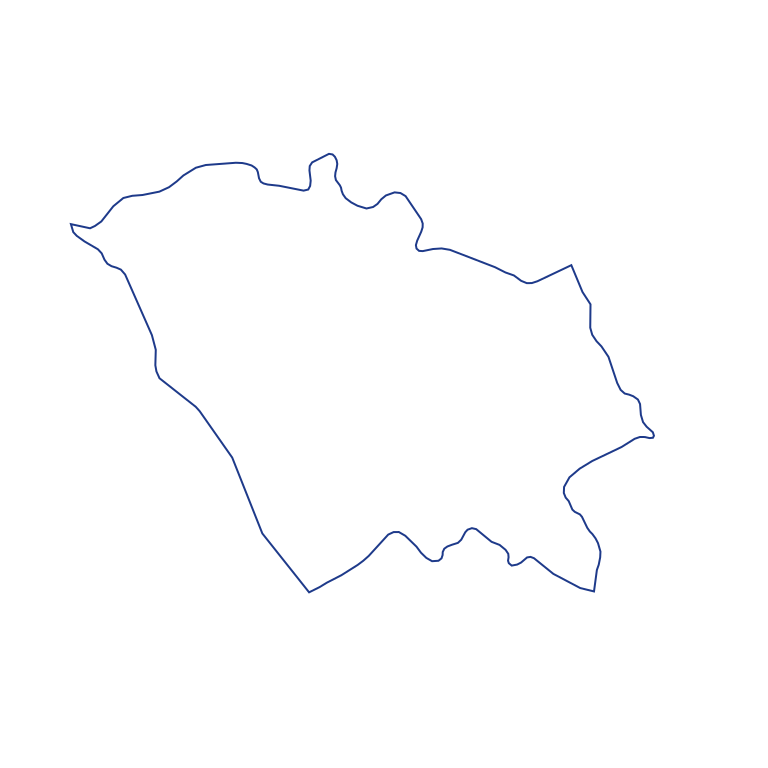 Sibiu, Albers equal-area conic projection, rotated 68°
{"feature_id": "ROU-303", "entity_name": "Sibiu", "entity_type": "County", "adm_level": 1, "iso_a3": "ROU", "parent_name": "Romania", "parent_adm1": "", "projection": "albers", "projection_center": [24.256, 45.858], "detail": "fine", "context": "isolated", "style": "outline", "palette": "blue", "viewbox_px": 768, "rotation_deg": 68, "n_neighbors": 0, "source": "natural_earth", "source_scale": "10m", "svg_char_len": 2409}
<svg xmlns="http://www.w3.org/2000/svg" viewBox="0 0 768 768"><g transform="rotate(68 384 384)"><path d="M549.1,531.5L477.0,552.8L395.4,552.3L340.1,565.1L334.6,567.1L294.6,590.0L287.1,590.3L281.0,589.0L266.8,582.8L251.8,580.9L185.5,583.0L179.4,585.1L176.0,588.4L172.7,592.5L168.9,595.4L164.0,596.6L157.1,596.8L151.9,598.8L139.6,608.3L131.5,613.4L126.8,615.2L118.5,614.4L129.5,598.2L129.2,592.8L127.4,585.2L117.8,568.4L113.9,556.0L115.2,546.9L118.3,537.1L121.5,520.2L121.0,509.6L118.5,500.2L115.5,491.9L113.0,477.4L114.2,467.2L123.4,438.4L126.1,432.5L128.5,428.9L131.8,424.9L134.8,422.8L137.4,421.6L140.3,421.6L146.4,422.8L150.3,422.5L152.9,420.6L155.5,417.1L160.9,407.0L174.6,386.1L175.3,381.4L172.7,378.3L168.0,375.8L158.0,373.1L154.1,371.2L151.6,367.6L150.0,348.8L151.9,345.7L154.9,344.4L158.8,344.1L162.5,344.9L166.2,347.1L169.6,349.7L173.0,351.5L176.9,352.2L183.2,350.5L185.9,350.3L188.9,350.9L192.7,351.0L197.4,349.9L203.3,346.4L208.8,341.8L214.7,334.5L215.8,327.8L214.6,322.6L211.7,317.3L209.9,311.6L210.3,302.4L213.1,297.2L217.9,293.6L245.1,287.8L249.7,288.0L253.2,289.5L256.7,292.4L263.6,299.6L267.2,302.4L270.6,303.1L273.7,301.6L275.3,298.3L277.2,288.0L279.9,279.8L284.3,272.6L317.3,237.3L326.1,229.6L332.0,222.9L339.7,218.2L344.0,213.8L345.8,209.1L346.2,203.3L344.0,165.8L373.1,165.5L387.5,162.7L409.1,171.7L416.4,172.5L424.0,170.9L430.6,168.3L442.9,165.7L470.4,167.4L478.1,166.8L483.0,164.4L485.7,160.7L488.7,157.5L493.5,154.4L498.5,154.1L508.9,157.4L516.4,158.1L522.0,156.5L529.5,152.8L533.1,153.1L534.6,154.8L533.6,158.1L530.9,162.0L529.0,166.6L528.7,172.1L531.4,187.3L533.4,219.8L535.8,234.3L540.0,247.0L546.9,255.6L552.4,258.1L557.4,258.1L561.8,256.6L571.0,256.4L574.0,255.0L578.3,251.2L581.3,250.2L593.5,249.4L597.9,248.4L601.2,247.0L606.4,245.7L611.7,245.2L620.5,246.1L625.7,248.5L632.0,252.6L636.2,256.3L655.0,267.0L646.7,278.5L623.5,298.1L601.7,310.2L599.2,312.9L598.4,316.3L600.9,323.8L601.3,328.2L600.2,333.6L596.9,335.4L594.3,335.2L591.3,333.4L588.0,332.4L583.3,333.4L576.5,337.1L570.6,343.4L553.1,352.9L550.6,356.5L550.4,361.1L551.9,364.2L557.3,370.7L559.0,375.0L558.5,381.2L558.4,386.1L559.3,389.8L561.8,392.5L564.5,393.7L567.2,396.0L568.3,399.7L566.3,405.8L561.1,409.9L554.3,412.9L547.0,414.8L532.7,421.1L526.8,425.7L524.9,430.6L525.2,436.5L537.7,462.6L540.1,469.4L541.9,476.2L545.3,495.0L546.8,511.4L548.2,519.9L549.1,531.5Z" fill="none" stroke="#1e3a8a" stroke-width="2"/></g></svg>